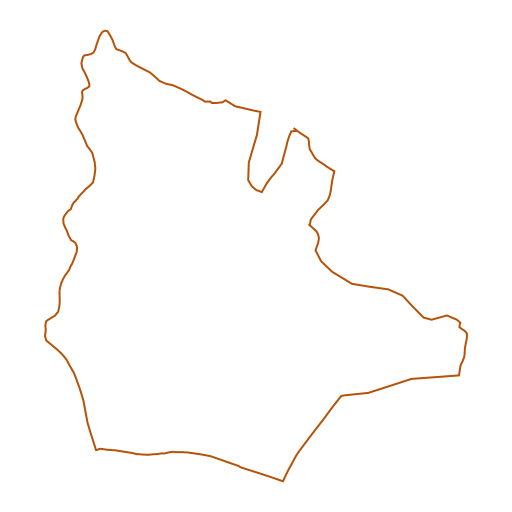 the district of Cap Estate/Becune Point, Gros Islet, Saint Lucia
{"feature_id": "8701671B82829723168564", "entity_name": "Cap Estate/Becune Point", "entity_type": "district", "adm_level": 2, "iso_a3": "LCA", "parent_name": "Saint Lucia", "parent_adm1": "Gros Islet", "projection": "robinson", "projection_center": [-60.952, 14.093], "detail": "fine", "context": "isolated", "style": "outline", "palette": "amber", "viewbox_px": 512, "rotation_deg": 0, "n_neighbors": 0, "source": "geoboundaries", "source_scale": "gbopen_adm2", "svg_char_len": 3903}
<svg xmlns="http://www.w3.org/2000/svg" viewBox="0 0 512 512"><path d="M460.4,322.8L456.9,319.7L447.0,315.5L443.2,316.5L431.6,319.7L423.6,317.6L411.8,305.6L402.6,295.7L388.4,289.4L368.6,286.6L351.9,283.8L332.2,271.8L321.1,261.2L315.5,250.3L318.1,243.1L318.9,238.5L318.5,236.0L317.6,233.4L316.5,231.3L309.3,224.9L309.9,224.4L310.8,219.5L314.1,215.2L318.1,209.9L323.5,204.9L327.7,200.4L329.9,195.0L330.8,190.4L331.4,186.1L332.2,180.7L334.3,171.1L332.4,170.1L327.3,167.0L323.2,164.0L317.9,160.6L315.3,158.4L313.5,155.6L311.4,151.9L309.6,148.9L309.2,145.2L308.7,140.2L308.3,138.5L306.0,136.8L299.6,132.6L293.6,128.1L297.1,130.9L291.3,131.4L289.4,135.7L287.7,140.8L286.0,147.8L284.5,153.4L283.0,158.8L281.8,163.6L274.5,173.6L271.3,177.2L267.4,182.4L265.6,185.3L261.8,192.1L256.2,190.0L251.9,186.4L248.2,180.1L248.8,162.5L256.9,135.0L260.5,111.9L253.4,110.5L244.1,108.3L235.2,106.3L225.6,100.3L222.4,102.3L215.9,103.0L211.9,103.0L210.4,101.6L204.9,101.6L202.3,99.8L195.9,96.7L191.4,94.4L186.8,91.8L182.6,89.6L177.6,87.3L172.5,85.1L166.2,83.9L159.4,80.9L155.9,77.6L152.9,74.9L149.5,72.2L144.5,69.7L140.4,67.6L135.9,65.2L132.5,63.1L131.1,62.1L130.2,61.0L129.4,59.8L127.8,56.6L125.6,53.0L122.0,51.2L119.6,50.3L116.5,49.2L115.7,48.2L114.7,46.0L112.4,39.7L109.9,35.0L107.5,31.2L105.0,30.7L103.0,31.5L101.7,32.8L99.4,36.6L96.7,44.2L95.2,49.4L93.5,52.6L92.6,53.1L91.1,54.0L87.6,54.9L84.2,55.5L83.2,56.6L82.3,59.4L81.4,63.6L82.5,68.6L84.6,72.2L86.7,76.7L88.5,81.1L89.4,84.6L89.2,86.5L87.5,87.8L84.9,89.0L82.6,90.6L82.0,92.1L82.3,94.2L82.6,97.4L82.1,100.4L80.4,105.5L78.1,110.9L75.8,116.5L75.3,119.2L75.9,121.6L76.7,124.2L78.3,127.9L80.4,131.2L82.5,134.8L84.4,139.3L85.8,142.6L87.2,146.1L88.9,148.2L90.4,150.2L92.3,152.9L94.4,161.1L94.7,162.3L95.0,165.3L95.3,167.9L95.2,170.6L94.8,172.9L94.5,175.6L93.7,179.3L92.9,182.6L91.0,184.5L87.3,187.9L86.7,188.2L85.6,189.1L84.8,190.1L83.4,191.7L81.7,193.5L80.7,194.4L79.8,195.5L78.6,196.7L77.9,198.3L76.5,199.7L75.5,201.1L74.6,201.6L73.3,203.2L72.3,205.1L71.5,207.1L70.7,209.3L68.4,210.8L67.2,212.1L66.0,213.7L65.1,214.9L64.3,216.1L63.6,217.8L63.2,218.8L63.5,223.1L63.8,224.2L64.3,225.4L65.0,226.9L65.2,227.5L66.9,230.9L67.5,232.7L68.3,234.7L68.9,236.3L69.8,237.7L70.5,239.0L71.0,240.0L72.1,240.7L73.0,241.1L73.9,241.8L74.7,242.3L75.5,243.1L75.7,243.7L76.1,244.6L76.8,246.1L77.1,247.8L77.0,249.1L76.8,250.7L76.5,252.5L72.6,262.6L72.0,264.0L71.3,265.0L70.4,266.6L69.7,268.6L69.3,269.5L68.7,270.6L68.1,271.4L67.4,272.3L66.8,273.3L65.8,274.5L65.1,275.5L64.7,276.1L63.3,278.6L62.7,279.7L62.2,281.2L61.8,281.9L61.3,283.2L60.9,284.5L60.5,285.9L60.2,287.1L60.0,288.1L59.8,289.1L59.5,291.1L59.6,292.8L59.5,294.0L59.6,295.9L59.6,297.6L59.7,298.7L59.7,301.6L59.6,303.4L59.5,304.7L59.4,305.7L59.2,307.0L58.9,308.3L58.2,311.7L56.7,313.5L55.2,315.5L53.8,316.4L48.2,319.7L46.2,321.3L45.3,325.5L45.8,330.0L45.0,336.0L45.8,338.8L46.3,340.5L51.1,344.5L57.0,349.4L61.0,353.1L63.6,356.0L65.6,358.5L66.6,359.7L68.1,362.8L71.7,369.1L73.7,372.5L75.7,377.4L77.2,381.6L79.3,387.3L80.8,391.9L82.0,395.9L83.5,401.0L86.3,416.1L87.5,422.6L90.3,432.0L92.6,439.2L96.0,450.0L97.0,450.0L99.3,448.9L101.6,448.9L107.5,449.8L116.1,450.4L126.3,452.1L128.6,452.4L132.2,453.0L134.7,453.6L137.0,454.2L139.1,454.2L142.4,454.5L148.0,454.8L150.8,454.5L153.4,454.3L157.7,454.0L161.5,453.4L164.1,453.5L170.2,452.1L173.0,451.8L174.8,452.1L181.2,452.1L183.2,452.2L184.2,452.3L187.3,452.4L191.4,453.0L199.9,454.2L205.0,455.1L210.6,456.2L232.8,464.0L238.5,465.9L240.6,467.3L269.8,476.7L283.0,481.3L285.3,476.2L288.6,469.5L291.1,465.1L295.7,456.4L298.9,451.5L309.6,437.3L315.9,429.0L323.8,418.9L328.6,412.3L330.7,409.4L341.2,396.0L343.9,395.4L368.3,392.9L411.5,378.9L459.0,375.4L459.8,370.2L460.6,365.2L462.4,361.7L464.2,357.1L464.7,353.0L464.9,348.6L465.9,342.7L466.7,339.2L466.9,336.4L467.0,333.7L465.7,331.8L463.8,330.2L462.5,329.5L459.5,327.3L459.7,324.7L460.4,322.8Z" fill="none" stroke="#b45309" stroke-width="2"/></svg>